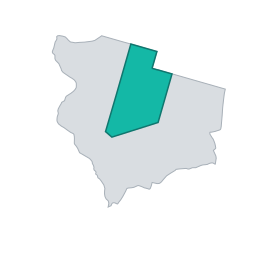 location of Ghanzi within Botswana, rotated 106°
{"feature_id": "BWA-1191", "entity_name": "Ghanzi", "entity_type": "District", "adm_level": 1, "iso_a3": "BWA", "parent_name": "Botswana", "parent_adm1": "", "projection": "natural_earth1", "projection_center": [20.983, -22.159], "detail": "fine", "context": "in_parent", "style": "filled", "palette": "teal", "viewbox_px": 256, "rotation_deg": 106, "n_neighbors": 0, "source": "natural_earth", "source_scale": "10m", "svg_char_len": 3180}
<svg xmlns="http://www.w3.org/2000/svg" viewBox="0 0 256 256"><g transform="rotate(106 128 128)"><path d="M138.8,34.3L138.5,35.3L138.2,36.8L138.5,38.0L139.2,39.4L140.2,40.7L141.0,41.5L141.9,43.4L142.8,45.8L144.0,47.7L147.5,52.0L147.9,53.5L148.4,55.1L150.6,58.0L150.9,59.0L150.8,60.9L153.0,66.9L154.5,70.4L155.8,71.0L159.8,74.7L163.3,77.7L167.5,79.7L170.5,81.0L172.0,82.0L172.8,82.9L173.4,84.7L173.6,87.8L173.7,89.8L177.0,89.7L179.7,89.9L180.7,90.3L181.0,90.9L180.9,92.2L180.9,94.2L181.0,95.8L180.7,97.5L180.5,99.5L180.4,101.9L180.8,102.9L183.4,106.0L184.4,108.0L185.6,111.1L186.2,112.1L186.8,112.5L189.2,112.8L195.2,114.1L199.0,115.2L201.9,116.4L203.2,116.8L203.8,117.1L204.0,117.4L203.6,120.0L203.7,120.9L204.0,121.7L204.5,122.3L205.1,122.6L207.4,122.9L208.7,124.5L209.5,125.3L205.5,125.7L203.4,127.0L202.2,129.5L200.3,131.2L197.8,132.4L195.2,133.1L192.4,133.6L189.3,135.6L186.1,139.4L184.5,141.7L184.4,142.7L183.7,143.5L182.3,144.2L181.6,145.1L181.4,146.1L180.6,146.5L179.4,146.5L178.5,147.2L178.0,148.7L176.8,149.6L175.1,149.9L173.6,150.8L172.3,152.1L171.4,152.8L170.7,152.8L169.6,153.9L167.9,156.6L167.6,157.8L165.1,167.7L163.8,168.8L161.3,170.9L159.3,173.3L158.4,174.7L157.5,175.4L152.9,176.6L151.1,177.2L149.1,178.2L148.5,179.0L148.0,182.0L146.5,186.4L145.3,189.6L144.6,192.5L143.2,195.9L142.1,197.1L140.8,198.2L139.1,198.7L136.8,199.1L134.7,199.0L133.1,199.0L130.9,200.2L128.8,200.3L125.5,199.6L122.8,198.9L121.6,198.8L119.2,196.5L117.7,196.5L115.4,196.4L114.1,195.8L112.9,194.7L110.3,192.4L107.7,190.5L105.4,189.4L103.3,188.9L101.3,189.4L99.7,189.9L99.1,190.1L97.9,191.1L96.6,192.9L95.6,195.7L95.2,197.5L94.0,201.1L92.5,205.6L91.7,206.8L90.9,207.8L89.5,208.6L85.2,212.2L83.0,216.1L81.6,217.3L79.9,217.8L78.5,218.2L77.8,218.8L76.9,220.8L76.2,221.5L75.3,221.8L72.8,221.6L72.0,221.4L65.4,221.7L63.4,221.1L62.0,220.9L59.8,221.7L58.8,221.1L58.1,219.5L57.7,216.1L57.8,213.3L59.0,211.1L60.0,209.6L61.0,207.5L61.2,206.6L61.0,205.8L60.8,204.1L60.7,202.4L59.2,198.6L57.5,193.6L55.1,188.0L54.4,186.4L52.9,184.0L47.5,179.4L46.6,178.8L46.6,178.3L46.6,173.8L46.6,167.8L46.6,161.9L46.6,156.0L46.5,150.0L46.5,144.1L46.5,138.2L46.5,132.2L46.5,126.3L46.5,121.3L50.4,121.3L55.3,121.3L61.1,121.3L63.7,121.3L63.9,120.5L63.9,116.8L63.9,108.4L63.8,99.9L63.8,91.5L63.8,83.1L63.8,74.6L63.8,66.2L63.8,57.8L63.8,49.3L63.8,45.2L68.3,44.9L73.5,44.1L81.9,42.7L89.8,41.0L94.9,40.0L101.0,38.8L103.1,38.6L103.7,38.7L104.5,39.2L107.3,43.4L109.0,46.6L109.4,47.9L109.7,48.1L110.6,47.9L111.5,47.4L114.4,44.2L115.0,43.3L116.8,41.8L119.0,40.2L121.0,39.1L123.1,38.1L124.0,38.4L125.1,39.2L126.1,39.7L130.7,35.8L132.7,34.9L138.1,34.2L138.8,34.3Z" fill="#d9dde1" stroke="#a8b0b8" stroke-width="1"/><path d="M46.5,148.4L46.5,146.2L46.5,142.7L46.5,139.1L46.5,135.5L46.5,132.4L46.5,129.3L46.5,126.2L46.5,123.1L46.5,121.3L50.5,121.3L54.6,121.3L58.7,121.3L62.7,121.3L63.7,121.3L64.0,120.5L64.0,119.7L64.0,118.5L64.0,117.3L64.0,116.1L63.9,114.9L63.9,113.7L63.9,112.5L63.9,111.3L63.9,110.2L63.9,109.0L63.9,107.8L63.9,106.6L63.9,105.4L63.9,104.2L63.9,103.0L63.9,101.8L63.9,100.6L64.2,100.6L114.4,100.6L141.2,141.0L137.7,148.6L99.9,148.4L46.9,148.4L46.5,148.4Z" fill="#14b8a6" stroke="#0f766e" stroke-width="1.5"/></g></svg>